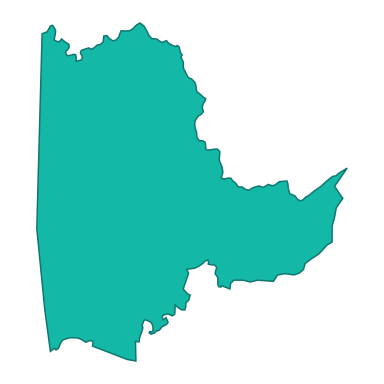 the district of Kulim, Kedah, Malaysia
{"feature_id": "92858781B36918447122584", "entity_name": "Kulim", "entity_type": "district", "adm_level": 2, "iso_a3": "MYS", "parent_name": "Malaysia", "parent_adm1": "Kedah", "projection": "robinson", "projection_center": [100.682, 5.403], "detail": "fine", "context": "isolated", "style": "filled", "palette": "teal", "viewbox_px": 384, "rotation_deg": 0, "n_neighbors": 0, "source": "geoboundaries", "source_scale": "gbopen_adm2", "svg_char_len": 3401}
<svg xmlns="http://www.w3.org/2000/svg" viewBox="0 0 384 384"><path d="M347.2,168.1L338.9,173.2L335.7,175.9L332.6,176.4L329.6,178.8L327.0,180.8L324.4,183.2L321.8,185.7L319.3,187.6L315.6,190.0L311.5,193.2L308.7,195.6L305.7,197.1L302.8,200.0L300.5,200.8L297.7,199.5L294.9,195.9L289.7,193.7L288.2,188.1L287.9,183.7L286.9,181.0L282.8,181.3L279.1,181.8L277.4,183.2L274.6,185.2L272.0,185.7L268.3,184.4L265.1,186.4L262.9,187.4L259.2,185.9L254.7,187.1L251.7,188.3L249.1,190.3L244.8,189.1L242.4,187.1L238.3,186.9L235.5,183.0L232.9,181.0L230.7,178.1L227.9,178.1L224.2,179.1L221.2,177.9L222.9,172.2L222.1,167.1L220.6,163.7L219.3,160.1L219.5,156.4L219.9,151.8L217.5,149.1L214.9,149.1L211.5,149.6L207.6,150.1L205.7,149.1L205.7,145.7L205.0,142.0L202.2,140.6L199.4,140.8L197.0,137.6L196.6,132.5L195.3,128.4L194.7,124.5L195.1,121.1L197.0,117.6L198.8,115.7L201.1,114.5L203.3,111.8L202.9,109.8L202.2,107.6L203.1,104.0L205.2,100.6L205.7,98.6L203.3,97.2L200.6,94.6L196.8,91.6L196.2,87.8L195.6,84.7L194.9,82.5L193.1,80.5L191.6,79.0L189.7,78.2L188.4,77.5L187.4,76.1L185.4,71.9L184.8,70.5L183.7,69.0L183.3,66.9L183.3,64.6L183.4,62.0L182.3,60.1L181.5,58.8L181.2,56.6L182.2,54.9L180.5,52.9L180.3,52.0L179.7,49.5L179.3,47.4L178.5,46.2L176.9,45.6L176.3,46.5L173.1,45.7L170.2,44.2L168.7,43.5L167.4,41.7L166.3,40.6L162.2,42.5L159.2,40.9L156.8,39.0L151.8,38.7L149.1,35.6L146.7,30.7L144.0,26.1L140.0,23.0L136.6,24.9L133.2,28.4L129.8,30.7L125.4,31.0L121.1,30.7L119.7,34.1L118.7,37.1L116.3,39.8L113.0,40.9L111.1,39.7L109.6,38.7L106.9,35.6L103.8,36.0L103.2,41.7L100.5,44.4L97.1,45.1L94.1,47.8L91.7,49.3L88.6,47.9L85.2,49.1L83.2,49.6L81.1,50.6L80.4,53.3L81.9,55.7L82.4,57.9L81.3,59.9L78.7,60.6L76.3,61.3L76.1,57.2L75.7,54.8L74.2,54.3L68.3,55.7L66.2,54.8L65.7,51.6L68.5,48.7L69.4,46.2L68.5,44.0L66.4,42.8L64.0,41.1L61.6,38.9L60.1,41.1L57.7,41.8L54.1,39.9L55.4,33.8L55.6,30.4L54.1,27.5L52.4,25.3L50.4,26.0L48.5,29.4L47.2,31.8L42.1,33.7L38.5,165.9L36.8,228.6L44.7,309.0L50.4,351.4L54.5,348.3L56.0,350.0L58.4,348.3L60.1,344.4L61.6,341.5L62.9,340.0L65.5,339.0L69.4,337.8L72.6,337.8L76.3,337.8L79.3,338.5L81.9,339.7L85.8,342.2L89.5,340.7L91.4,340.5L93.1,342.2L92.7,344.6L92.5,346.1L127.3,359.5L135.9,361.0L135.5,341.5L139.1,341.9L139.4,338.8L140.2,335.8L141.7,331.9L142.6,329.3L142.8,327.1L142.0,325.4L143.0,323.2L143.9,320.5L145.2,319.8L148.9,321.2L151.0,322.4L152.3,324.6L153.0,327.1L153.0,328.8L153.0,330.5L151.5,331.9L149.9,331.5L149.1,332.4L150.6,334.1L154.3,333.2L156.0,331.2L158.8,330.5L160.3,329.0L162.0,326.6L166.4,324.6L168.1,322.4L166.1,317.6L164.4,319.0L163.3,319.8L162.3,317.3L162.5,315.6L165.5,314.4L168.1,313.9L170.5,315.1L172.6,315.8L174.8,313.9L175.0,310.0L175.2,305.1L179.1,308.3L181.7,309.8L184.7,310.0L185.8,307.1L185.8,303.2L188.8,300.0L190.1,294.9L188.2,294.4L185.4,291.5L183.2,289.0L188.6,273.2L186.7,269.3L194.2,268.3L197.7,266.8L200.1,265.4L202.9,263.4L205.2,261.0L207.8,260.0L208.5,262.0L208.3,264.2L211.3,264.9L214.5,264.9L216.7,267.3L216.0,269.8L215.4,271.5L215.2,273.9L216.9,276.1L217.8,277.6L217.8,284.2L218.6,286.6L220.8,287.1L221.9,285.9L222.7,286.1L229.9,289.0L230.7,283.2L233.9,280.2L243.4,280.2L250.2,282.0L257.6,280.2L267.1,280.8L273.4,281.4L277.7,274.9L285.0,273.7L294.0,274.9L299.3,273.1L303.5,269.5L305.1,263.6L311.4,258.8L318.8,254.0L327.2,244.9L332.1,242.1L332.1,226.3L334.6,217.0L336.3,207.7L342.8,198.4L339.5,193.7L334.6,186.3L347.2,168.1Z" fill="#14b8a6" stroke="#0f766e" stroke-width="1.5"/></svg>